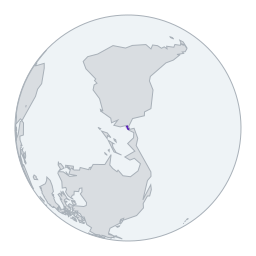 Kuna Yala on an orthographic globe, rotated 219°
{"feature_id": "PAN-1419", "entity_name": "Kuna Yala", "entity_type": "Indigenous Territory", "adm_level": 1, "iso_a3": "PAN", "parent_name": "Panama", "parent_adm1": "", "projection": "orthographic", "projection_center": [-78.371, 9.056], "detail": "fine", "context": "on_globe", "style": "filled", "palette": "violet", "viewbox_px": 256, "rotation_deg": 219, "n_neighbors": 0, "source": "natural_earth", "source_scale": "10m", "svg_char_len": 8267}
<svg xmlns="http://www.w3.org/2000/svg" viewBox="0 0 256 256"><g transform="rotate(219 128 128)"><circle cx="128" cy="128" r="113" fill="#eef3f6" stroke="#a8b0b8"/><path d="M128.4,129.4L125.7,128.2L123.1,131.6L113.9,126.1L110.6,119.5L82.6,108.3L79.7,104.9L79.8,99.4L71.2,81.5L74.6,98.2L71.1,94.8L68.4,88.8L70.1,87.4L68.7,78.9L65.7,75.6L66.2,65.4L73.7,53.3L74.5,55.2L76.2,52.3L75.3,49.9L74.3,49.1L78.9,38.8L76.9,33.9L72.7,35.1L76.5,33.0L65.9,37.5L62.6,38.2L68.6,35.9L71.0,34.5L69.8,34.0L72.0,32.6L72.6,31.6L75.3,30.1L78.6,29.3L80.4,28.4L79.5,28.1L81.6,26.7L82.7,27.1L86.5,24.8L92.8,23.8L93.6,27.6L99.3,27.0L106.0,31.2L107.6,30.0L111.2,31.3L114.4,30.6L114.7,31.9L117.0,30.2L116.1,29.2L116.8,28.1L118.6,27.7L119.3,29.2L118.5,29.6L119.7,29.9L119.3,30.9L120.5,30.1L121.2,32.2L123.2,29.6L126.0,30.8L125.7,32.4L122.2,32.9L113.0,39.1L111.7,41.5L113.3,44.0L123.6,46.8L123.6,49.4L126.1,52.4L127.7,50.5L126.3,47.5L130.0,45.0L127.9,42.0L129.0,40.7L128.2,37.7L132.1,37.6L136.3,39.1L137.2,41.7L139.0,42.6L141.3,39.9L145.8,44.8L153.9,48.6L154.7,50.2L150.7,53.2L142.9,53.6L137.7,58.9L144.9,55.0L146.7,59.6L148.6,60.3L150.7,60.0L151.5,58.1L153.0,59.8L146.4,63.9L145.0,62.4L147.1,61.0L143.5,61.4L139.1,64.8L140.3,67.2L132.3,70.9L133.1,72.8L131.8,74.8L131.1,71.5L132.2,77.7L123.0,85.1L124.4,96.7L118.9,87.8L114.4,86.9L109.0,87.1L109.2,89.0L101.9,87.7L95.4,91.7L93.2,101.0L95.9,108.1L104.0,108.4L106.3,104.3L112.2,103.5L108.1,114.3L118.5,115.7L117.5,123.9L120.6,128.1L125.7,126.9L131.0,128.8L134.7,124.0L140.7,121.2L140.9,127.8L144.1,121.7L147.6,124.8L159.4,124.0L158.5,125.6L168.6,132.9L179.1,135.6L181.5,140.2L180.3,143.3L183.9,143.8L183.9,145.8L197.9,147.5L204.7,151.5L204.2,158.1L198.1,166.4L191.5,182.6L180.2,188.6L176.6,194.9L166.6,204.1L159.9,203.9L161.1,208.0L156.8,210.6L152.2,211.0L150.9,213.9L147.5,214.1L149.4,215.9L143.2,219.6L144.1,222.4L139.4,225.2L140.2,226.7L138.7,226.7L136.9,227.3L136.5,228.2L132.1,226.8L131.6,223.2L133.7,221.3L131.7,221.0L136.2,216.0L133.8,217.1L135.5,209.3L139.5,202.5L143.1,182.1L140.9,178.0L132.5,173.3L122.4,157.5L125.3,150.9L123.0,147.8L130.4,138.2L128.4,129.4ZM24.0,95.6L24.8,93.1L24.8,94.8L24.0,95.6ZM25.1,91.5L24.8,92.4L25.0,91.6L25.1,91.5ZM25.0,90.9L25.0,91.3L24.9,91.1L25.0,90.9ZM24.7,90.5L24.9,90.6L24.7,90.5ZM123.9,100.6L135.7,106.0L129.1,106.9L130.4,105.8L127.4,103.5L121.8,101.5L116.0,102.9L123.9,100.6ZM24.7,89.1L24.8,88.7L25.0,88.5L24.7,89.1ZM129.0,94.1L126.9,93.7L128.9,93.6L129.0,94.1ZM73.4,49.0L75.0,50.1L75.1,53.0L73.5,52.2L73.4,49.0ZM73.7,44.2L75.0,44.1L73.0,46.7L72.8,45.9L73.7,44.2ZM69.1,36.5L70.0,36.7L68.4,37.0L69.1,36.5ZM72.2,31.8L71.3,32.2L72.1,31.6L72.2,31.8ZM126.2,38.1L127.2,37.9L126.8,38.5L126.2,38.1ZM124.9,37.0L123.7,37.9L122.9,37.5L123.6,37.0L124.9,37.0ZM76.8,28.7L78.3,27.7L77.4,28.6L76.8,28.7ZM126.5,36.1L121.6,36.8L120.3,36.2L121.9,33.8L126.5,36.1ZM79.6,27.1L83.1,25.0L81.3,25.7L88.4,22.9L83.0,25.4L82.2,26.2L81.3,26.3L79.6,27.1ZM115.0,29.0L116.1,30.1L113.5,29.7L115.0,29.0ZM113.2,29.0L104.4,29.8L103.7,28.2L106.8,28.2L104.6,26.7L108.6,25.5L110.7,26.1L110.4,27.3L112.2,26.0L113.2,29.0ZM91.7,21.9L93.1,21.4L92.3,21.7L91.7,21.9ZM116.8,27.7L115.1,27.9L114.4,26.5L117.7,25.9L116.9,26.5L116.8,27.7ZM102.1,27.0L102.1,26.0L105.4,24.7L105.9,24.2L108.7,25.4L102.1,27.0ZM118.0,26.6L119.4,25.7L121.4,26.0L118.5,27.5L118.0,26.6ZM112.8,26.4L112.7,25.8L113.8,25.9L112.8,26.4ZM129.2,27.0L127.2,27.0L126.6,26.2L129.2,27.0ZM119.9,25.3L119.2,25.2L118.7,25.0L120.1,24.5L119.9,25.3ZM110.8,24.5L112.1,24.3L109.8,23.9L112.1,23.2L113.6,24.1L113.9,23.4L114.7,23.2L115.0,24.3L110.8,24.5ZM120.1,23.3L122.7,24.6L126.7,24.6L127.3,25.2L120.8,25.1L120.1,23.3ZM117.1,23.7L119.1,23.6L118.8,24.3L117.3,24.9L117.1,23.7ZM113.2,22.3L109.2,23.3L109.1,23.0L113.2,22.3ZM121.3,23.1L120.6,22.8L121.6,23.0L121.3,23.1ZM115.8,22.3L114.4,22.7L114.2,22.4L115.8,22.3ZM120.5,22.1L121.3,22.4L120.3,22.8L120.5,22.1ZM118.4,22.1L118.5,21.6L119.4,22.7L117.8,22.2L118.4,22.1ZM115.8,22.0L115.3,22.0L116.4,22.0L115.8,22.0ZM123.8,20.7L125.3,21.9L123.0,22.6L121.9,21.3L123.8,20.7ZM139.3,229.6L132.4,227.3L136.4,228.4L139.6,227.0L143.0,228.8L139.3,229.6ZM148.5,225.9L152.0,225.0L152.7,225.4L150.4,226.2L148.5,225.9ZM213.0,54.1L211.3,52.2L206.6,48.0L208.9,50.4L213.5,54.6L213.4,54.6L216.5,58.4L214.0,55.5L208.4,50.8L209.4,54.0L215.7,64.9L215.2,66.9L212.4,66.2L204.9,56.7L206.9,53.6L204.3,50.7L199.4,47.7L200.4,47.2L198.7,45.8L199.1,44.7L195.2,40.3L194.8,39.2L189.1,35.1L188.1,34.1L191.8,36.7L194.2,38.1L192.9,36.1L191.4,35.0L187.8,32.6L184.5,30.6L182.4,29.4L189.2,33.5L195.7,38.0L201.8,42.9L207.6,48.3L213.0,54.1ZM181.8,29.0L182.3,29.5L178.0,27.3L174.0,25.3L172.8,24.8L179.3,28.2L181.8,29.6L183.7,30.5L190.6,34.9L192.0,36.2L185.2,32.4L186.4,34.0L180.6,30.8L166.5,22.8L162.8,21.1L164.5,21.4L169.5,23.3L181.8,29.0ZM91.2,21.5L90.1,21.9L90.3,21.9L92.2,21.2L88.4,22.9L81.3,25.7L81.2,25.6L76.9,27.7L77.1,27.5L91.2,21.5ZM240.3,137.2L240.5,131.0L240.4,122.6L240.1,119.7L239.8,121.5L239.1,118.1L238.6,118.6L233.8,125.5L230.7,121.7L223.0,108.1L222.7,101.3L219.8,94.4L215.1,67.3L217.4,67.4L217.5,61.0L218.1,61.3L221.6,66.5L224.0,69.0L227.9,75.9L231.3,83.1L234.2,90.5L236.6,98.0L238.4,105.7L239.7,113.5L240.4,121.4L240.6,129.3L240.3,137.2ZM220.5,79.7L221.6,81.8L220.5,79.7ZM159.8,123.9L161.2,125.1L159.4,125.3L159.8,123.9ZM128.3,109.6L130.8,109.7L132.1,110.7L130.2,111.1L128.3,109.6ZM148.9,109.2L151.7,109.6L148.8,110.3L148.9,109.2ZM137.6,106.7L146.6,109.0L141.0,111.1L135.3,109.8L139.2,109.1L137.6,106.7ZM127.9,97.9L129.5,98.3L129.1,99.5L127.9,97.9ZM130.4,94.1L129.8,94.2L129.0,93.2L130.4,94.1ZM147.1,59.3L147.7,59.0L149.9,59.1L148.9,59.9L147.1,59.3ZM159.0,55.3L161.0,58.1L159.0,56.5L158.0,58.0L152.5,56.7L154.8,51.0L154.7,53.7L159.0,55.3ZM145.8,53.9L149.0,55.0L145.4,54.0L145.8,53.9ZM188.8,40.1L190.4,40.4L192.4,42.2L192.7,44.6L189.9,41.9L188.8,40.1ZM192.1,40.6L185.2,36.7L184.7,35.4L186.2,36.7L186.5,36.2L189.0,38.3L195.2,41.3L197.3,43.2L196.9,46.0L195.8,43.9L194.4,43.5L192.1,40.6ZM168.6,31.9L165.7,31.0L168.4,29.1L170.9,30.3L171.4,32.4L168.8,32.5L168.6,31.9ZM130.4,32.1L129.1,32.4L128.9,31.9L129.8,31.2L130.4,32.1ZM128.3,27.0L135.9,30.2L134.8,30.7L140.6,32.4L139.9,34.4L136.2,33.2L139.9,36.3L136.3,36.0L139.2,38.0L131.0,35.0L127.8,35.2L131.6,34.2L132.3,32.2L131.7,31.4L127.6,29.4L121.2,29.1L121.0,27.4L122.4,26.3L123.9,26.1L123.6,27.2L125.8,26.2L126.6,27.6L128.3,27.0ZM140.0,18.9L139.1,19.5L143.6,19.1L144.4,20.0L144.8,19.9L146.8,20.7L149.9,21.6L149.8,22.0L151.1,22.2L152.4,22.9L154.1,23.4L154.4,24.4L156.6,25.1L155.5,25.2L159.1,26.3L156.6,26.0L158.0,27.0L159.7,26.8L157.2,32.6L158.1,35.8L160.2,38.8L155.5,38.3L150.5,35.4L146.0,31.7L145.8,28.9L143.8,29.4L143.1,28.3L145.0,28.4L141.6,27.6L141.5,26.7L137.5,24.5L132.6,24.2L131.1,23.6L133.0,23.2L130.1,22.8L132.5,21.8L131.5,21.4L132.8,20.2L137.1,20.1L135.6,19.6L136.5,18.9L140.0,18.9ZM124.4,20.3L129.3,19.6L132.1,19.9L128.5,22.0L129.2,22.5L127.0,24.2L122.9,23.9L123.9,23.4L123.9,22.9L125.2,23.2L124.2,22.6L125.6,21.9L125.2,21.3L126.9,21.2L124.4,20.3ZM216.6,59.1L216.7,58.9L216.3,58.2L218.2,60.8L216.6,59.1ZM212.9,55.9L212.7,55.3L215.3,58.2L215.2,58.5L212.9,55.9ZM210.3,52.6L212.4,55.0L211.2,53.9L210.3,52.6ZM191.3,36.1L190.8,35.5L191.6,36.0L192.9,37.0L191.3,36.1ZM153.6,19.3L152.6,19.3L151.9,19.1L148.2,18.6L147.4,18.2L149.3,18.2L153.6,19.3ZM152.0,18.7L150.6,18.5L151.1,18.4L152.0,18.7ZM146.6,17.8L146.7,17.6L146.8,18.0L146.6,17.8ZM130.5,15.4L129.7,15.4L129.4,15.4L130.5,15.4ZM142.0,16.4L143.8,16.6L143.4,16.7L142.0,16.4ZM92.4,21.5L93.0,21.4L91.8,21.8L92.4,21.5Z" fill="#d9dde1" stroke="#a8b0b8" stroke-width="1"/><path d="M129.9,128.8L129.8,129.0L129.7,129.0L129.7,128.9L129.5,128.7L129.4,128.7L129.2,128.4L129.0,128.2L128.9,128.1L128.7,128.0L128.6,127.9L128.4,127.8L128.4,127.7L128.2,127.7L127.9,127.6L127.8,127.4L127.7,127.4L127.7,127.5L127.4,127.4L127.2,127.4L126.9,127.4L126.9,127.5L126.7,127.6L126.4,127.5L126.2,127.5L126.3,127.5L126.4,127.4L126.5,127.4L126.6,127.2L126.8,127.0L126.7,127.1L126.8,127.2L127.0,127.3L127.2,127.2L127.3,127.2L127.4,127.3L127.5,127.3L127.6,127.2L127.7,127.3L127.8,127.3L128.0,127.4L128.1,127.5L128.3,127.5L128.5,127.6L128.8,127.8L128.9,128.0L129.0,128.0L129.0,127.9L129.0,128.0L129.2,128.3L129.3,128.3L129.4,128.5L129.5,128.5L129.4,128.5L129.4,128.4L129.5,128.4L129.5,128.5L129.7,128.8L129.8,128.8L129.9,128.7L129.9,128.8L129.9,128.8Z" fill="#8b5cf6" stroke="#5b21b6" stroke-width="1.5"/></g></svg>